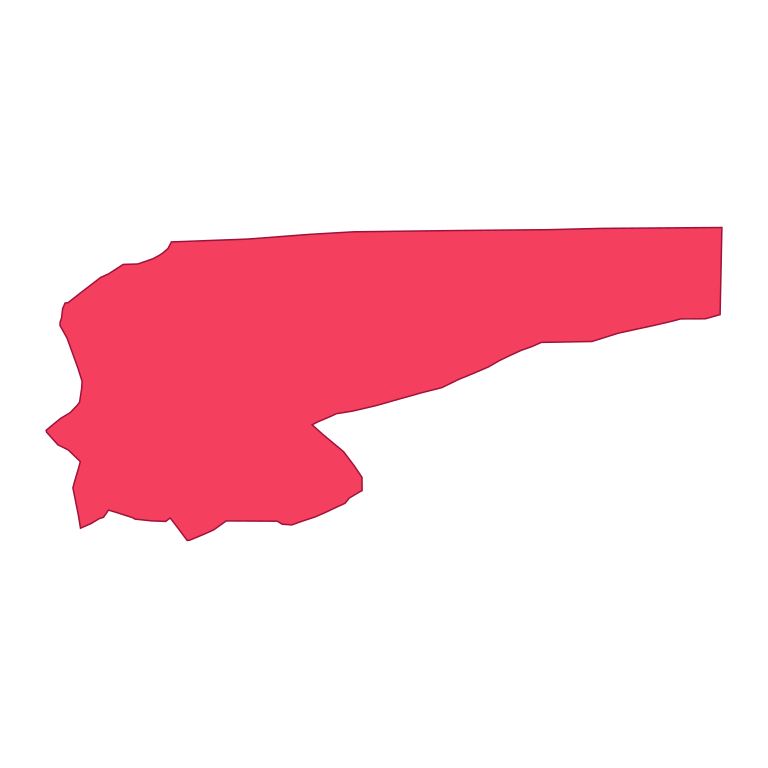 the district of Tchirozérine, Agadez, Niger
{"feature_id": "23599985B66307714151869", "entity_name": "Tchirozérine", "entity_type": "district", "adm_level": 2, "iso_a3": "NER", "parent_name": "Niger", "parent_adm1": "Agadez", "projection": "equal_earth", "projection_center": [8.551, 17.383], "detail": "fine", "context": "isolated", "style": "filled", "palette": "rose", "viewbox_px": 768, "rotation_deg": 0, "n_neighbors": 0, "source": "geoboundaries", "source_scale": "gbopen_adm2", "svg_char_len": 1337}
<svg xmlns="http://www.w3.org/2000/svg" viewBox="0 0 768 768"><path d="M80.5,528.2L91.2,523.5L99.1,518.7L103.5,517.3L108.5,510.1L116.2,512.4L132.6,517.7L135.0,519.1L151.8,520.9L165.8,521.4L167.9,519.7L170.2,518.0L176.6,526.3L187.2,540.5L189.9,540.1L203.4,534.5L213.8,529.8L226.3,520.9L277.3,521.2L282.1,524.2L291.8,524.9L300.7,521.7L315.5,516.8L328.3,511.1L337.3,506.8L345.0,503.3L349.4,498.0L359.0,492.2L362.1,490.6L362.0,477.4L354.9,466.7L343.6,451.7L322.8,434.4L312.1,424.8L318.4,421.6L330.2,416.6L336.4,413.7L352.1,411.2L376.5,405.5L399.0,399.1L421.0,392.9L441.9,387.6L458.9,379.3L472.9,373.6L488.3,367.0L499.4,360.6L509.1,355.9L521.3,350.3L531.8,346.6L541.3,342.4L591.9,341.5L606.2,337.0L618.2,333.2L634.6,329.6L654.1,325.4L673.3,320.9L680.7,318.9L705.3,318.8L720.1,314.6L721.9,227.5L601.0,228.4L547.2,229.7L458.3,230.5L353.7,231.8L308.9,234.4L247.1,239.1L171.4,241.9L168.0,248.5L162.8,253.0L159.3,255.3L152.8,258.8L137.7,264.0L123.2,264.4L108.5,273.9L100.8,277.3L92.6,283.6L80.9,292.6L68.0,302.7L65.1,303.0L62.6,308.7L61.6,317.8L60.1,322.1L60.0,325.5L67.1,338.2L78.1,368.6L82.1,381.4L81.7,387.8L81.8,387.3L79.6,402.1L77.5,405.0L70.2,412.6L60.6,418.4L54.2,423.6L46.1,430.3L46.7,432.3L57.9,444.8L68.3,450.0L80.3,461.6L79.1,466.2L74.1,483.2L72.9,487.9L78.5,515.9L80.5,528.2Z" fill="#f43f5e" stroke="#9f1239" stroke-width="1.5"/></svg>